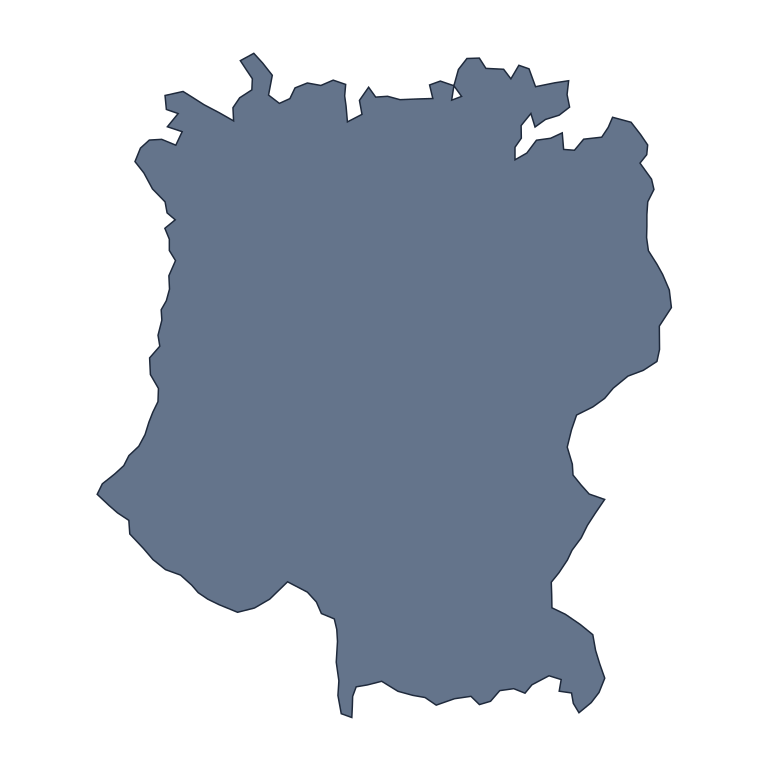 the district of Dois Irmãos das Missões, Rio Grande do Sul, Brazil, rotated 89°
{"feature_id": "56859067B898462475096", "entity_name": "Dois Irmãos das Missões", "entity_type": "district", "adm_level": 2, "iso_a3": "BRA", "parent_name": "Brazil", "parent_adm1": "Rio Grande do Sul", "projection": "mercator", "projection_center": [-53.505, -27.678], "detail": "fine", "context": "isolated", "style": "filled", "palette": "slate", "viewbox_px": 768, "rotation_deg": 89, "n_neighbors": 0, "source": "geoboundaries", "source_scale": "gbopen_adm2", "svg_char_len": 2647}
<svg xmlns="http://www.w3.org/2000/svg" viewBox="0 0 768 768"><g transform="rotate(89 384 384)"><path d="M682.0,168.4L667.6,173.2L654.0,177.1L638.3,179.6L628.0,191.8L617.4,206.7L610.7,220.0L597.7,220.0L585.1,220.2L575.8,212.4L563.2,203.7L553.5,198.9L541.3,189.5L528.9,183.1L517.3,175.3L503.3,165.4L497.6,180.8L488.3,188.8L478.3,196.6L467.4,197.1L450.3,201.9L433.0,197.3L418.4,192.0L410.5,175.5L402.2,163.6L392.2,154.9L380.4,140.0L374.8,124.4L366.2,110.7L354.3,107.9L330.9,107.7L312.6,95.3L295.0,97.1L279.3,103.5L269.0,109.0L255.4,117.3L242.2,118.9L230.8,118.4L219.2,118.2L206.4,117.1L194.2,110.7L183.9,112.9L167.6,124.2L159.3,117.3L149.6,116.2L139.2,123.0L126.6,132.4L121.3,150.8L131.3,155.3L141.0,162.0L142.7,180.1L153.6,189.5L152.6,200.3L136.0,201.4L141.2,213.1L142.9,227.3L155.6,237.2L162.1,249.1L149.6,248.9L140.6,242.4L128.0,242.4L116.1,232.4L129.7,228.5L122.3,217.9L118.3,204.2L110.4,193.6L97.8,195.9L84.0,194.1L85.8,207.8L89.4,227.3L71.4,233.5L67.7,243.6L81.1,251.8L71.4,258.9L70.2,276.6L59.8,283.0L60.0,295.4L70.8,304.1L87.0,308.9L82.1,322.4L85.8,333.2L99.4,330.2L99.6,345.4L100.0,363.0L96.4,375.4L97.0,387.3L87.0,394.2L100.0,403.6L114.0,401.3L121.3,416.0L105.3,417.1L95.3,418.3L83.8,417.1L79.3,429.5L84.4,441.9L81.7,455.4L86.4,467.8L97.0,473.1L101.6,483.7L93.1,494.4L73.4,490.3L61.0,499.7L51.1,508.4L58.2,522.0L67.7,516.0L76.5,510.3L87.6,511.0L95.3,523.3L105.1,530.2L118.3,529.8L110.0,543.8L101.6,559.1L94.3,570.1L88.0,579.8L91.7,597.9L105.7,596.8L110.0,585.1L123.0,596.1L128.2,581.4L141.6,588.0L135.5,602.0L136.0,614.4L143.9,623.4L157.3,629.1L168.8,620.4L184.9,612.1L198.1,599.7L209.1,597.9L216.2,589.9L224.5,600.4L235.5,596.1L246.8,596.3L257.0,590.3L272.0,597.2L285.4,596.8L297.0,600.2L305.9,605.5L316.3,605.0L331.3,609.1L342.3,607.5L353.8,617.9L370.5,617.4L384.5,609.6L397.7,610.3L408.1,615.6L418.0,619.7L430.4,623.8L442.0,630.3L451.1,640.3L461.1,645.6L469.4,655.0L478.9,667.4L489.3,672.7L500.7,661.0L508.2,652.7L515.9,641.5L529.5,640.8L544.1,627.5L555.5,618.1L565.8,605.7L571.5,590.8L581.7,579.8L589.4,573.4L596.1,563.9L601.8,552.7L609.7,534.4L605.7,517.4L597.1,502.0L580.1,483.9L590.8,464.2L600.8,455.4L612.4,450.6L618.0,437.8L628.6,435.5L640.6,435.0L661.3,436.6L680.0,434.3L694.6,435.5L712.9,432.5L716.9,422.0L706.2,421.3L695.8,420.8L686.3,417.1L684.6,405.9L681.2,391.5L691.5,375.4L695.8,360.7L698.2,348.4L706.0,337.4L699.9,319.0L697.8,302.5L706.2,294.2L703.1,283.0L692.6,273.6L690.9,259.6L695.6,248.4L687.3,241.3L678.6,224.1L682.6,212.0L694.2,214.2L696.2,201.9L706.6,200.3L716.1,194.8L706.2,182.4L696.2,174.4L682.0,168.4ZM87.0,308.9L97.8,301.4L101.4,311.4L87.0,308.9Z" fill="#64748b" stroke="#1e293b" stroke-width="1.5"/></g></svg>